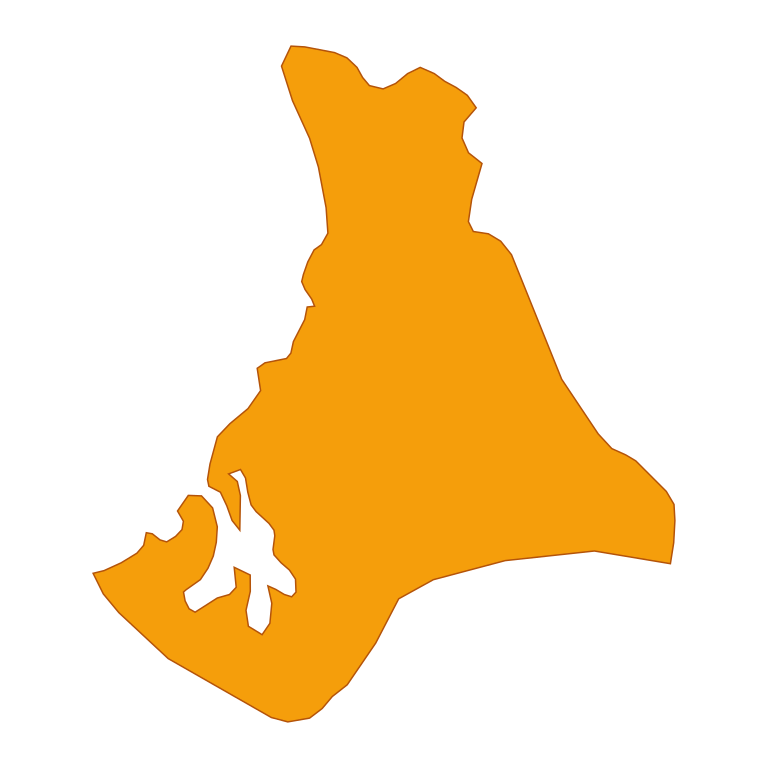 map outline of North Andros (Albers equal-area conic projection)
{"feature_id": "BHS-5019", "entity_name": "North Andros", "entity_type": "District", "adm_level": 1, "iso_a3": "BHS", "parent_name": "The Bahamas", "parent_adm1": "", "projection": "albers", "projection_center": [-78.177, 24.834], "detail": "fine", "context": "isolated", "style": "filled", "palette": "amber", "viewbox_px": 768, "rotation_deg": 0, "n_neighbors": 0, "source": "natural_earth", "source_scale": "10m", "svg_char_len": 1807}
<svg xmlns="http://www.w3.org/2000/svg" viewBox="0 0 768 768"><path d="M347.2,684.8L332.3,696.5L322.2,708.5L309.6,718.1L287.8,721.9L271.3,717.5L168.2,658.6L118.9,612.7L103.3,593.9L93.1,573.3L104.1,570.6L121.2,562.8L136.9,553.2L143.7,545.3L146.3,532.7L152.3,533.8L160.0,539.9L166.7,541.9L175.6,536.4L182.0,529.6L183.4,521.2L177.5,511.0L188.3,495.4L201.5,495.9L212.6,507.9L217.3,526.8L216.3,542.3L213.3,556.0L208.0,568.2L200.4,579.6L186.0,589.8L183.5,592.0L185.1,600.9L189.1,608.8L195.1,612.2L217.3,598.0L229.5,594.5L236.2,587.3L234.2,567.3L250.2,575.0L250.3,591.3L246.0,610.3L248.4,626.3L262.1,634.7L269.9,623.3L271.8,603.3L267.9,585.9L275.8,589.4L284.3,594.5L291.7,596.8L296.0,592.1L295.5,579.1L289.4,570.0L281.1,562.8L274.0,554.9L273.0,549.5L274.8,535.8L274.0,530.2L269.0,523.4L256.1,511.6L251.1,504.9L247.8,492.2L245.5,478.0L240.5,469.5L228.6,473.9L237.3,481.5L240.4,495.6L239.8,530.2L232.1,520.5L226.8,505.8L220.4,492.2L208.9,486.3L207.5,479.5L210.0,464.0L217.4,436.8L230.0,423.6L248.0,408.6L260.6,390.6L257.2,368.3L265.0,362.8L286.5,358.5L290.9,353.1L293.4,341.6L304.7,319.6L307.2,307.0L314.6,306.2L311.7,299.1L305.1,289.6L301.7,281.6L303.4,274.5L307.8,261.9L314.1,249.9L321.5,244.6L327.9,233.2L326.1,207.7L318.4,167.0L309.6,138.3L292.5,100.7L281.5,66.1L291.0,46.1L304.8,46.9L334.6,52.6L347.0,57.9L357.0,67.4L362.6,77.5L369.4,85.6L383.1,88.9L395.6,83.5L407.6,73.6L420.2,67.4L434.3,73.6L444.7,81.3L456.2,87.5L467.3,95.3L476.2,107.8L464.0,122.0L462.0,138.0L468.5,152.8L482.0,163.5L471.7,199.3L468.4,221.6L473.3,231.5L488.4,233.8L500.7,241.2L511.5,254.7L561.7,379.3L598.2,433.9L611.8,448.6L625.9,455.0L635.8,460.9L666.3,491.4L674.0,504.4L674.9,520.6L673.7,542.8L670.4,563.7L594.4,551.0L505.2,560.6L433.3,579.7L398.7,598.8L375.7,643.1L347.2,684.8Z" fill="#f59e0b" stroke="#b45309" stroke-width="1.5"/></svg>